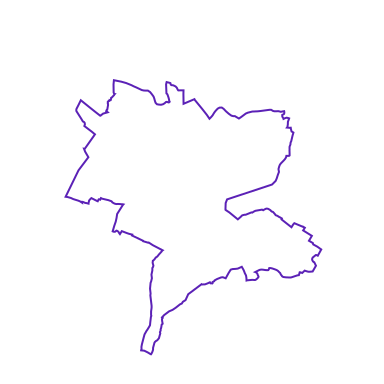 Beius, Bihor, Romania, rotated 157°
{"feature_id": "2599482B17721412870044", "entity_name": "Beius", "entity_type": "district", "adm_level": 2, "iso_a3": "ROU", "parent_name": "Romania", "parent_adm1": "Bihor", "projection": "mercator", "projection_center": [22.351, 46.679], "detail": "fine", "context": "isolated", "style": "outline", "palette": "violet", "viewbox_px": 384, "rotation_deg": 157, "n_neighbors": 0, "source": "geoboundaries", "source_scale": "gbopen_adm2", "svg_char_len": 5967}
<svg xmlns="http://www.w3.org/2000/svg" viewBox="0 0 384 384"><g transform="rotate(157 192 192)"><path d="M222.2,321.7L225.3,314.1L225.2,312.7L224.8,312.4L225.3,312.2L225.8,311.7L228.7,310.4L229.6,310.3L229.9,309.7L230.5,308.9L231.0,308.3L231.8,308.4L232.1,308.8L232.6,308.2L233.3,308.4L234.4,307.8L234.5,307.4L234.6,306.7L234.9,306.5L235.2,305.0L237.4,301.6L237.9,300.9L238.4,300.9L239.1,300.1L239.5,299.9L239.6,299.5L239.2,299.2L238.8,299.1L238.4,298.3L243.3,298.9L244.4,298.5L245.1,298.5L246.0,298.1L246.4,298.0L246.7,298.1L249.7,303.5L253.0,309.6L258.5,319.9L262.3,316.6L265.8,313.7L266.5,312.7L266.8,311.6L265.3,302.6L264.9,299.6L264.0,298.5L263.8,297.6L264.1,296.2L265.3,294.8L260.7,286.7L258.8,283.0L273.8,273.7L274.5,274.1L274.5,273.9L274.6,270.9L273.8,264.5L288.0,256.3L310.2,237.0L308.4,235.9L305.8,233.8L304.1,231.9L300.1,228.5L298.8,227.2L297.5,225.3L297.4,225.8L297.1,226.0L296.2,225.4L295.9,225.1L294.6,223.7L293.7,223.2L291.8,221.7L291.4,222.5L290.7,223.4L290.1,224.3L289.1,224.9L287.0,225.7L282.9,220.8L282.4,220.3L281.7,220.9L280.8,221.7L280.5,221.7L279.5,220.8L278.2,222.0L277.9,221.7L277.4,221.0L273.3,218.0L272.3,217.3L269.8,215.0L269.5,214.4L269.5,214.0L269.4,213.6L268.8,212.8L268.1,211.9L267.5,211.3L266.7,210.7L266.2,210.4L265.0,210.0L263.9,209.5L261.5,208.2L260.4,207.7L260.0,207.4L260.7,207.1L269.5,201.0L271.6,197.6L273.8,194.5L276.7,191.3L280.4,186.8L279.7,186.1L279.2,185.8L278.6,185.6L278.0,185.5L276.9,185.9L276.5,185.9L276.1,185.5L275.6,184.8L275.2,183.8L275.1,182.5L274.8,181.4L271.9,183.4L268.3,179.9L266.3,178.1L263.6,176.1L264.2,175.4L256.1,166.2L256.2,165.8L252.1,162.4L251.6,162.4L248.8,158.3L241.8,149.8L242.7,149.6L243.0,149.2L244.9,148.3L246.9,147.4L248.7,146.4L250.1,145.9L250.9,145.9L252.8,144.7L254.6,144.0L254.9,144.0L255.9,142.2L256.3,139.3L257.1,138.3L258.2,137.5L259.2,135.2L261.6,131.8L262.6,128.3L264.6,125.6L265.6,124.6L268.4,119.4L269.8,114.7L270.7,113.2L273.7,102.9L274.5,101.1L276.3,98.1L277.8,94.6L277.8,93.9L278.6,93.1L281.3,88.4L282.7,85.8L283.8,84.9L287.0,82.6L287.9,82.1L291.3,79.5L293.2,77.1L297.6,71.4L299.1,69.1L299.8,67.2L300.3,66.7L300.7,66.1L298.0,64.6L297.8,64.4L295.4,61.6L293.3,58.7L293.1,58.6L292.4,59.1L290.9,60.4L289.5,62.0L288.7,63.8L285.4,68.0L284.6,68.5L283.4,68.9L281.9,69.1L279.6,70.3L276.4,74.3L276.3,75.5L275.0,76.7L274.5,77.9L273.4,79.1L271.7,81.8L270.5,82.2L269.9,84.9L269.3,86.8L268.2,87.5L268.6,88.3L265.7,89.6L259.7,91.1L256.0,91.1L252.3,91.8L246.8,93.3L245.0,93.3L243.3,94.5L240.2,95.0L235.4,99.4L219.2,103.4L219.0,103.0L216.1,101.9L213.3,101.8L210.8,101.9L210.6,100.7L209.5,100.2L209.1,99.9L208.6,100.1L208.2,101.1L206.4,101.2L205.7,101.8L202.9,102.1L198.6,102.0L196.9,101.5L194.7,99.4L190.0,103.1L186.7,105.4L184.8,105.2L181.9,104.2L179.8,103.6L175.4,103.7L175.0,100.1L175.0,98.3L175.1,96.9L175.0,95.4L174.9,94.0L175.5,91.6L176.4,89.2L175.6,89.1L173.1,88.3L170.9,87.6L168.5,86.4L167.9,86.3L167.3,86.4L166.2,86.7L165.0,87.2L164.3,87.6L163.9,87.9L163.8,88.9L163.9,89.6L163.8,91.1L163.8,91.6L164.2,92.6L164.6,93.1L165.1,93.6L160.4,93.9L159.2,93.7L158.3,93.4L157.1,92.8L155.0,91.5L153.2,90.6L152.3,90.3L151.5,90.8L150.6,91.8L149.4,91.3L147.9,90.2L145.7,88.2L144.6,87.1L143.7,85.8L143.0,84.0L142.5,82.9L142.5,81.3L142.0,79.7L142.0,79.2L141.2,78.1L138.8,76.7L135.0,74.9L133.9,74.6L127.6,74.1L126.1,73.7L124.5,75.7L124.3,75.5L123.9,75.9L123.2,75.4L122.2,74.4L119.0,75.6L118.0,74.7L116.4,73.4L115.8,73.0L113.9,72.3L112.0,71.7L106.7,75.7L106.9,79.6L107.4,80.0L107.8,81.0L107.9,82.7L107.6,83.3L107.3,83.8L106.5,84.5L102.7,85.6L102.0,85.3L101.1,84.2L95.5,88.6L98.0,92.7L100.9,96.4L100.7,97.8L103.4,101.4L98.8,104.8L104.7,113.2L102.1,115.0L103.2,116.5L103.3,116.4L110.0,123.3L111.5,122.6L114.2,120.7L117.4,126.5L120.3,131.8L119.6,132.5L121.0,134.4L121.5,134.9L122.7,136.7L123.9,137.8L124.1,138.1L124.2,138.9L124.8,140.7L124.9,141.1L125.1,141.7L125.5,142.3L125.9,142.6L126.1,142.7L126.7,143.8L126.9,144.6L128.2,146.4L128.8,147.0L129.9,147.6L130.5,147.7L132.3,147.6L133.6,147.4L134.4,148.4L140.9,149.9L142.1,149.9L144.6,149.5L145.3,150.0L151.4,150.1L152.4,150.5L154.1,150.8L155.4,150.8L156.3,150.3L160.5,148.9L165.6,158.6L168.1,162.4L168.0,162.9L165.3,168.7L162.6,171.5L115.4,167.6L110.7,169.5L108.7,171.4L106.3,174.2L104.1,176.5L103.6,178.7L103.3,179.5L101.7,181.5L100.4,182.8L99.0,183.6L94.7,185.4L93.5,186.0L92.9,186.4L92.1,187.0L91.6,187.5L91.0,188.4L88.7,187.4L88.2,187.4L87.9,187.5L87.8,187.8L87.4,188.6L86.0,192.2L85.5,193.2L85.0,194.5L84.4,195.7L82.9,197.2L82.1,198.7L81.8,199.1L80.7,200.1L80.3,200.7L77.2,204.9L76.1,206.2L75.4,207.1L75.9,207.8L76.7,208.8L76.3,211.5L76.0,212.6L77.2,213.0L79.4,214.2L78.7,214.6L78.0,215.8L77.5,216.5L76.3,219.1L73.8,221.8L74.2,222.2L75.8,223.4L77.5,223.6L79.2,223.5L79.1,224.2L79.4,225.8L79.3,226.5L78.8,227.7L77.1,227.8L76.8,227.9L76.2,228.6L75.8,229.5L75.6,230.4L77.3,230.8L78.9,231.1L79.6,231.7L81.0,232.7L82.9,233.4L84.4,234.0L85.7,234.9L87.0,236.7L88.6,237.4L97.7,239.9L100.0,240.6L105.1,242.5L109.6,243.2L111.8,243.2L117.5,241.8L120.1,241.3L122.9,245.1L124.5,245.8L125.9,246.9L127.6,249.7L129.2,253.0L130.4,256.2L131.6,258.1L133.7,258.9L135.8,258.7L138.5,257.5L140.3,256.5L141.6,255.6L143.1,254.5L145.3,253.4L147.3,252.6L148.2,257.2L150.2,264.6L153.5,275.8L153.5,276.5L164.1,276.5L165.3,276.5L161.6,285.6L160.1,288.9L164.9,290.9L165.1,291.5L165.2,292.4L165.2,293.4L165.3,294.1L165.9,295.6L166.8,296.7L167.8,297.7L169.0,298.3L169.5,298.9L169.6,299.2L169.5,299.8L169.3,300.5L169.5,300.9L172.4,303.1L172.8,302.6L173.8,301.2L174.9,298.3L177.0,292.7L176.9,292.5L176.6,292.0L176.5,291.5L176.5,291.1L176.7,288.2L176.9,286.8L177.0,286.1L177.3,285.2L177.3,284.5L177.3,283.8L178.0,283.5L178.6,283.6L179.5,284.4L179.9,284.8L180.8,285.0L182.5,284.4L184.3,284.1L186.4,284.4L188.5,285.5L190.0,286.5L190.7,288.4L190.5,290.7L190.2,292.8L190.1,294.9L190.7,297.5L191.5,300.3L193.0,302.6L194.7,303.3L196.6,304.2L198.3,305.4L202.4,310.0L204.5,312.2L205.9,313.9L210.0,318.0L214.0,321.2L220.2,325.4L222.2,321.7Z" fill="none" stroke="#5b21b6" stroke-width="2"/></g></svg>